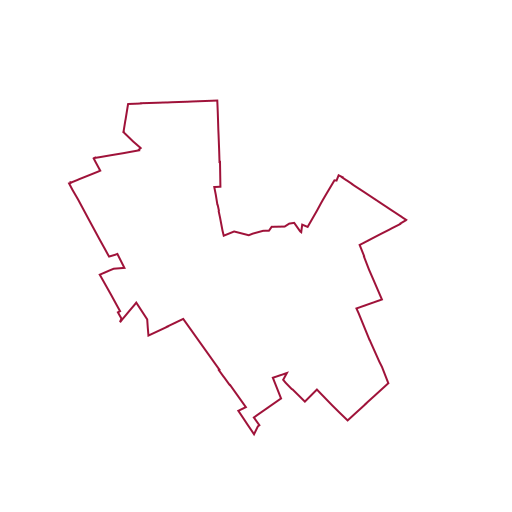 Traian, Braila, Romania (orthographic projection), rotated 251°
{"feature_id": "2599482B34558550347077", "entity_name": "Traian", "entity_type": "district", "adm_level": 2, "iso_a3": "ROU", "parent_name": "Romania", "parent_adm1": "Braila", "projection": "orthographic", "projection_center": [27.706, 45.134], "detail": "fine", "context": "isolated", "style": "outline", "palette": "rose", "viewbox_px": 512, "rotation_deg": 251, "n_neighbors": 0, "source": "geoboundaries", "source_scale": "gbopen_adm2", "svg_char_len": 2764}
<svg xmlns="http://www.w3.org/2000/svg" viewBox="0 0 512 512"><g transform="rotate(251 256 256)"><path d="M424.6,240.1L427.9,229.4L429.0,225.8L429.3,224.7L429.9,222.6L431.4,218.0L432.1,215.6L433.0,212.7L435.5,204.6L437.9,197.0L437.7,196.9L438.5,194.0L441.1,185.4L441.3,184.5L437.4,182.4L427.5,177.1L426.7,176.6L416.8,171.3L416.5,171.4L416.3,171.0L406.7,175.9L404.3,177.1L399.8,179.7L396.2,181.8L395.6,182.1L394.6,179.7L394.0,179.8L395.5,170.1L396.4,164.1L398.5,151.7L400.4,140.0L401.1,136.1L401.4,136.0L401.3,135.6L401.3,134.6L401.2,134.3L397.1,134.9L387.4,136.5L387.2,134.4L386.7,124.4L386.2,113.9L386.0,111.8L385.9,109.6L385.8,108.2L385.7,105.3L385.9,105.0L385.5,105.0L385.4,103.7L385.5,103.4L385.5,102.9L378.3,104.0L367.2,106.2L345.5,109.7L322.6,113.5L311.3,115.5L305.3,116.5L303.3,116.9L303.0,123.3L303.1,125.6L287.6,127.7L290.3,117.3L290.0,112.5L289.2,102.2L266.2,106.4L255.0,108.3L248.1,109.5L247.7,107.1L242.7,108.0L242.4,108.1L241.7,108.2L240.5,108.3L239.0,106.9L238.4,106.4L238.1,106.6L240.1,109.7L240.9,111.1L242.4,113.6L245.4,118.5L249.3,125.1L250.7,127.3L250.9,127.6L231.5,132.5L223.7,130.4L215.8,128.4L218.0,149.3L218.2,149.2L220.2,166.7L167.4,182.3L160.4,184.4L160.2,183.7L152.3,186.1L151.9,186.3L143.6,188.8L142.5,189.2L142.5,189.5L116.4,197.2L115.4,188.9L105.9,191.4L99.7,193.0L90.4,195.5L88.1,196.1L88.6,196.6L91.8,199.8L94.3,202.3L94.9,204.1L104.0,201.4L104.3,202.5L105.1,205.0L113.0,232.8L113.1,233.3L135.4,232.3L135.3,247.1L130.1,241.4L126.6,242.7L118.5,246.5L118.0,247.1L102.4,254.8L109.9,270.1L104.9,272.4L98.1,275.6L89.8,279.5L81.1,283.8L70.7,289.1L76.1,301.6L80.4,311.6L80.5,311.5L82.1,315.2L86.8,326.2L92.5,339.4L92.6,339.7L110.1,339.0L115.9,338.2L137.4,336.3L139.4,336.2L139.6,336.0L163.1,334.7L168.4,334.4L173.7,333.9L173.9,360.9L196.3,359.2L206.4,358.4L220.4,357.9L220.6,358.2L232.7,357.6L236.0,379.7L236.4,382.5L237.5,390.6L238.0,393.5L238.7,398.7L238.8,399.5L239.3,402.9L239.7,403.0L240.9,408.9L241.0,409.4L241.2,409.8L244.5,407.2L245.5,406.5L256.9,397.7L281.2,379.1L290.3,372.0L292.7,370.2L292.8,370.3L297.7,366.6L298.5,365.9L302.2,363.1L302.4,363.4L303.5,362.3L304.8,361.0L305.4,360.4L301.1,356.7L301.5,355.9L302.0,354.8L291.5,342.4L287.3,337.5L285.0,334.9L279.1,328.5L266.7,314.3L270.6,309.9L263.8,306.5L264.7,305.9L265.0,305.9L265.2,305.7L274.9,302.9L275.8,298.0L274.5,292.7L278.5,280.3L275.7,276.5L277.5,271.0L278.2,260.3L278.0,255.9L286.3,243.3L285.7,232.1L291.0,232.6L304.0,234.5L310.5,235.3L311.0,235.7L316.7,236.4L317.1,236.2L326.9,237.9L334.8,239.0L333.1,244.9L356.7,252.6L356.8,252.1L357.1,252.2L359.0,252.8L366.1,255.0L369.7,256.1L382.6,260.0L387.7,261.5L397.7,264.6L404.2,266.6L410.2,268.4L415.6,270.0L416.0,268.7L417.4,264.0L422.9,245.9L424.1,241.7L424.6,240.1Z" fill="none" stroke="#9f1239" stroke-width="2"/></g></svg>